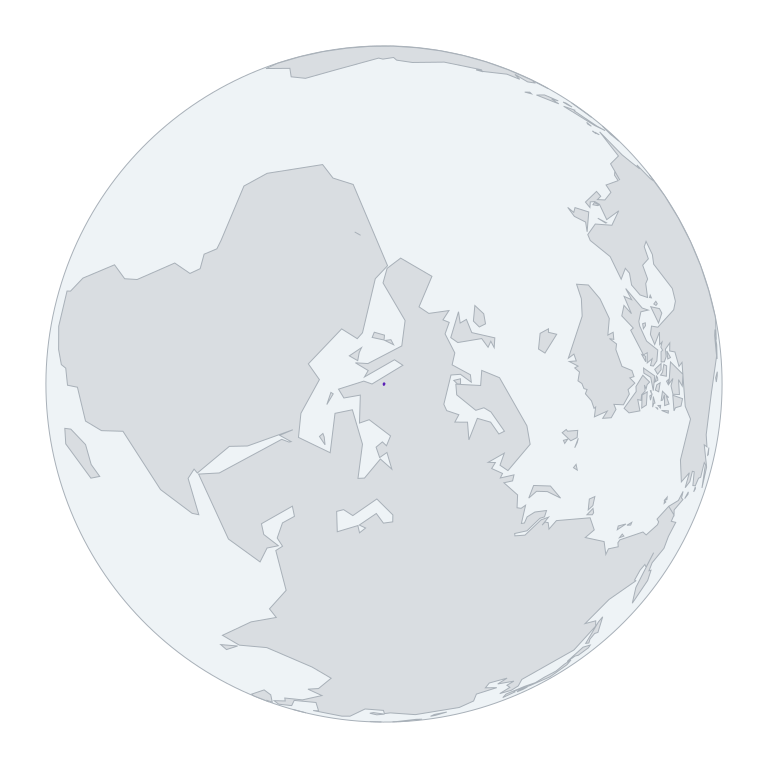 globe centered on Bosnian Podrinje, rotated 106°
{"feature_id": "BIH-2891", "entity_name": "Bosnian Podrinje", "entity_type": "Canton", "adm_level": 1, "iso_a3": "BIH", "parent_name": "Bosnia and Herzegovina", "parent_adm1": "", "projection": "orthographic", "projection_center": [18.793, 43.673], "detail": "fine", "context": "on_globe", "style": "filled", "palette": "violet", "viewbox_px": 768, "rotation_deg": 106, "n_neighbors": 0, "source": "natural_earth", "source_scale": "10m", "svg_char_len": 11038}
<svg xmlns="http://www.w3.org/2000/svg" viewBox="0 0 768 768"><g transform="rotate(106 384 384)"><circle cx="384" cy="384" r="338" fill="#eef3f6" stroke="#a8b0b8"/><path d="M227.4,84.5L229.6,83.4L249.9,76.8L240.4,80.9L246.4,79.5L258.7,74.7L265.4,72.0L302.6,66.8L344.0,60.3L355.4,56.2L354.2,59.4L374.9,51.0L396.3,49.7L373.0,52.8L371.3,54.5L386.3,53.9L387.9,55.7L396.0,56.7L396.5,59.1L382.9,61.6L382.9,63.5L393.5,63.1L400.7,65.9L385.1,66.0L396.1,71.2L375.3,78.1L333.2,79.7L322.4,88.3L281.1,103.5L285.7,105.3L273.0,113.2L273.5,118.5L265.7,120.6L272.9,123.1L279.9,120.3L285.4,120.6L286.4,123.7L276.6,126.6L274.7,125.5L272.3,128.0L267.0,128.3L270.2,129.9L258.2,133.5L271.4,134.7L262.9,141.6L254.6,142.8L253.9,136.4L232.8,126.0L224.1,126.7L212.7,133.2L194.5,157.8L185.6,161.7L174.7,171.4L180.3,171.7L190.8,164.4L198.5,168.1L210.4,159.5L215.3,160.1L228.2,154.5L227.8,162.4L220.6,173.3L209.8,178.6L206.3,183.9L217.9,184.9L199.2,201.7L189.2,225.3L184.2,229.3L172.0,225.0L168.6,208.7L152.8,206.1L164.6,215.2L151.9,226.4L150.5,231.7L152.1,235.9L157.6,234.7L153.6,240.5L140.3,232.8L143.8,227.4L147.9,229.7L146.2,222.4L137.2,218.7L131.5,225.4L124.0,215.0L119.8,219.9L115.8,220.8L123.0,213.5L109.9,226.9L100.2,221.5L82.2,246.2L98.1,218.3L102.7,207.6L106.7,197.6L103.7,201.3L113.1,184.8L114.7,180.2L109.7,186.7L125.8,166.0L143.5,146.7L162.6,128.7L183.0,112.3L204.7,97.6L227.4,84.5ZM84.5,227.5L85.8,225.2L81.6,235.0L75.9,245.2L84.5,227.5ZM70.5,257.9L65.4,272.0L62.1,281.1L70.5,257.9ZM54.9,307.4L54.4,309.7L51.5,324.7L53.1,322.2L54.0,329.2L50.3,343.5L53.7,337.5L52.3,351.3L56.4,375.7L55.1,377.0L58.0,414.9L67.1,445.3L69.2,461.1L67.5,464.8L72.0,474.6L72.2,479.0L95.4,517.1L111.8,543.7L114.3,557.9L106.5,561.5L113.3,584.4L105.3,575.1L92.7,555.2L81.4,534.4L71.7,513.0L63.4,490.9L56.7,468.2L51.7,445.2L48.2,421.9L46.4,398.3L46.2,374.8L47.7,351.2L50.8,327.8L52.1,320.6L53.7,312.6L54.9,307.4ZM77.4,253.0L67.5,287.9L68.2,276.0L69.0,276.4L72.5,265.7L77.4,250.4L79.5,241.3L77.4,253.0ZM83.8,250.6L85.1,245.7L84.5,249.6L83.8,250.6ZM268.1,70.7L258.8,74.5L247.1,78.6L254.6,75.0L268.1,70.7ZM290.5,65.1L286.6,66.9L280.3,67.0L284.5,65.9L290.5,65.1ZM363.3,53.3L355.5,54.2L362.6,52.8L363.3,53.3ZM397.0,56.4L398.8,55.8L402.3,56.6L397.0,56.4ZM227.5,150.7L227.7,152.6L225.2,152.6L227.5,150.7ZM232.7,146.7L229.6,145.5L231.6,143.4L233.5,144.2L232.7,146.7ZM406.2,61.4L411.3,63.4L403.8,61.7L406.2,61.4ZM236.2,148.9L235.6,140.0L239.3,136.5L249.7,136.9L236.2,148.9ZM412.7,64.8L425.1,70.4L430.0,69.1L423.1,76.6L414.8,68.9L404.8,66.9L411.6,66.6L412.7,64.8ZM281.7,118.1L274.3,121.2L279.6,115.9L281.7,118.1ZM283.8,114.7L292.3,99.3L303.8,96.7L298.6,102.1L312.7,97.1L314.2,103.4L306.7,107.6L299.0,107.8L305.5,110.1L283.8,114.7ZM417.2,80.2L418.2,82.2L414.6,80.6L417.2,80.2ZM288.0,120.4L288.7,117.3L298.7,114.7L299.2,120.6L295.8,119.5L288.0,120.4ZM315.8,93.0L323.3,92.4L326.5,97.3L329.9,97.8L315.2,103.3L315.8,93.0ZM294.0,121.6L299.2,123.7L295.3,127.8L288.0,123.3L294.0,121.6ZM301.1,111.7L305.9,110.9L303.4,113.2L301.1,111.7ZM284.6,144.4L285.2,140.2L290.5,138.5L284.6,144.4ZM301.3,124.2L302.6,122.8L304.8,121.8L307.3,124.0L301.3,124.2ZM318.5,106.6L318.3,108.9L324.7,104.5L327.4,108.3L317.1,111.5L322.6,111.7L323.5,113.0L314.2,114.3L318.5,106.6ZM316.2,123.3L304.1,129.4L301.9,137.2L297.1,138.9L301.6,126.0L316.2,123.3ZM315.8,117.8L315.0,121.5L309.5,121.5L306.7,118.9L315.8,117.8ZM332.9,109.9L331.4,103.2L333.7,102.8L332.9,109.9ZM316.7,125.6L319.6,124.1L317.1,126.1L316.7,125.6ZM329.1,114.6L328.3,112.2L330.9,111.8L329.1,114.6ZM326.1,123.4L322.2,125.2L320.1,123.5L326.1,123.4ZM328.4,119.4L332.2,119.4L321.8,121.7L327.6,118.3L328.4,119.4ZM331.7,114.6L333.0,113.6L331.7,115.7L331.7,114.6ZM336.1,129.6L323.5,132.9L319.0,128.8L331.9,126.0L336.1,129.6ZM213.7,554.4L190.0,503.5L200.1,489.8L200.7,468.6L269.3,413.2L285.2,421.4L340.7,418.8L347.8,422.2L342.7,439.9L385.5,462.3L397.6,447.3L435.0,455.8L458.9,451.5L464.9,416.8L425.7,423.0L417.5,407.3L447.8,388.1L481.9,383.0L479.8,376.8L457.1,366.8L463.7,353.0L449.0,362.3L455.9,367.9L446.9,374.2L440.1,369.6L442.7,364.6L432.1,363.4L422.4,388.4L428.3,396.8L401.2,403.7L408.5,418.7L401.5,426.3L386.8,404.2L387.3,395.5L360.8,371.0L357.8,380.6L382.6,404.7L375.4,402.9L371.5,417.3L368.8,405.1L342.5,377.4L317.2,381.2L287.1,412.8L272.0,412.9L258.4,402.7L267.3,367.6L300.2,371.6L303.8,360.4L295.5,341.8L306.1,345.0L306.8,338.3L319.0,339.1L334.6,324.5L346.8,323.8L351.3,303.5L358.2,300.6L353.6,313.2L356.9,322.1L387.0,320.9L392.3,316.4L392.9,303.6L401.1,305.4L397.7,293.2L414.3,287.0L391.3,284.8L391.3,271.0L400.4,259.8L396.2,255.2L381.4,273.5L379.3,281.4L384.0,288.5L374.4,311.1L364.4,314.9L358.8,290.7L344.0,293.8L346.1,274.7L384.8,235.1L401.7,226.9L433.1,241.0L430.1,250.1L417.3,249.3L430.6,262.3L428.8,255.3L435.6,257.2L437.3,245.4L442.3,246.3L435.5,234.0L441.7,233.7L445.9,241.5L453.8,225.0L466.3,222.0L465.7,217.9L461.5,214.5L480.2,213.5L478.9,210.7L472.3,209.8L465.5,203.7L460.8,192.9L467.5,193.1L470.1,197.1L485.7,206.1L491.7,217.2L493.9,216.3L490.4,206.8L471.3,195.6L466.6,189.1L476.1,193.1L472.3,191.1L472.0,188.0L478.0,185.4L467.8,180.6L455.8,149.0L466.3,141.7L476.1,148.2L474.8,129.0L486.7,123.8L480.6,122.8L475.9,114.0L472.1,115.4L468.8,114.3L454.9,94.3L456.8,90.4L443.9,82.3L440.8,82.0L438.6,84.3L423.1,76.6L430.0,69.1L436.8,70.0L436.6,65.4L452.1,68.6L464.8,69.6L481.9,77.0L490.5,77.8L489.4,76.0L500.2,76.4L526.3,84.9L510.0,85.8L471.8,78.3L487.8,81.6L485.6,83.5L492.3,86.5L503.4,89.1L503.8,87.7L529.1,108.3L558.9,124.7L553.3,115.2L558.4,113.8L587.3,128.1L630.0,170.1L637.2,171.7L643.4,177.3L649.7,187.4L640.9,179.4L639.7,182.8L633.8,177.2L641.0,192.0L632.8,184.6L642.4,200.4L648.1,202.8L644.8,191.9L656.6,209.7L664.0,210.5L674.2,222.5L693.2,262.8L698.4,287.3L700.7,292.7L697.9,294.6L701.6,312.6L712.7,325.1L714.9,332.9L717.4,362.1L716.2,356.8L708.9,361.6L712.9,383.1L718.6,384.1L720.8,397.0L718.7,402.3L715.9,391.6L713.2,392.8L710.1,375.3L700.6,357.8L698.3,373.0L694.8,363.0L681.4,353.7L675.9,375.1L669.7,424.0L674.9,451.1L670.1,470.0L649.3,446.2L638.1,423.2L631.7,432.1L609.3,421.2L573.9,442.1L567.9,436.8L561.5,444.2L545.5,443.3L535.9,433.6L526.7,438.4L552.1,463.3L561.8,458.1L568.6,441.0L573.9,451.2L589.2,454.1L575.9,490.8L521.7,537.4L514.9,517.8L465.4,467.1L466.0,459.5L465.7,458.7L465.0,457.4L462.1,470.1L453.1,459.0L481.2,498.1L486.6,515.5L521.0,538.9L518.2,543.1L528.7,546.3L560.7,526.0L561.2,532.8L547.1,569.7L501.4,621.9L506.7,642.7L501.9,660.7L471.6,677.8L472.4,687.9L456.5,694.3L454.3,699.5L440.5,706.3L418.1,712.6L382.0,714.3L381.1,710.9L365.2,702.6L343.7,675.9L354.3,662.3L351.6,650.1L325.4,618.5L331.2,601.0L323.8,592.5L308.8,592.7L300.1,581.9L290.8,580.2L232.3,573.2L213.7,554.4ZM247.5,447.5L246.0,453.9L246.0,454.0L247.5,447.5ZM519.5,394.4L538.9,388.2L527.3,370.1L533.8,366.5L527.5,362.0L526.4,368.9L510.6,355.7L517.9,346.2L514.1,337.6L507.4,339.4L496.5,359.2L519.1,377.7L515.9,388.2L519.5,394.4ZM56.6,376.3L56.7,382.1L55.6,378.1L56.6,376.3ZM65.9,279.6L64.9,284.9L63.6,289.6L63.8,286.5L65.9,279.6ZM64.4,322.2L64.6,329.2L63.3,324.3L64.4,322.2ZM66.5,293.2L64.2,317.1L61.9,309.4L63.8,294.5L63.9,301.4L66.5,293.2ZM79.1,255.7L78.0,259.8L76.6,261.3L79.1,255.7ZM83.4,253.5L83.4,252.5L85.0,249.1L83.4,253.5ZM152.7,226.8L153.6,227.6L154.1,232.6L151.6,231.8L152.7,226.8ZM170.4,247.2L163.6,256.1L166.7,248.9L161.8,249.0L162.2,234.6L181.7,230.7L172.8,234.8L170.4,247.2ZM168.2,215.3L165.7,224.2L167.7,214.6L168.2,215.3ZM298.2,303.0L302.9,308.1L298.9,315.4L283.5,318.3L289.0,307.5L298.2,303.0ZM310.4,313.8L309.1,290.2L318.7,288.1L313.5,293.1L320.0,294.1L313.4,302.6L323.8,324.5L321.0,332.6L294.0,332.3L304.4,327.6L299.2,322.6L310.4,313.8ZM289.0,240.2L288.6,231.7L309.9,237.8L307.8,245.1L292.3,247.9L285.6,241.1L289.0,240.2ZM254.7,152.0L253.2,149.7L255.9,148.7L259.4,149.9L254.7,152.0ZM284.5,142.6L264.3,161.7L261.5,159.8L253.0,174.2L242.3,175.0L248.2,165.5L233.6,177.4L234.7,169.2L225.6,178.0L239.8,156.8L240.1,150.4L243.8,157.0L253.6,156.3L257.9,154.1L270.4,143.4L275.9,130.2L286.5,128.1L292.5,130.0L292.8,132.9L285.8,133.2L291.2,136.8L281.4,139.6L284.5,142.6ZM356.7,164.3L348.5,161.9L357.6,172.7L347.8,174.2L349.5,175.4L343.0,179.9L337.9,187.7L333.3,187.3L333.3,190.5L329.0,193.9L327.5,198.4L318.6,199.4L316.0,205.1L313.3,202.4L311.3,212.1L308.8,205.5L302.9,209.7L308.4,213.9L264.2,212.2L247.6,217.8L235.0,226.4L232.5,214.8L242.6,199.8L258.9,185.5L275.3,182.3L271.1,178.0L277.8,175.4L278.2,179.8L281.4,171.5L287.0,170.6L301.5,160.1L302.7,149.4L308.0,145.7L310.4,149.4L314.0,143.1L322.1,147.9L326.1,145.4L338.0,148.1L340.2,157.4L344.5,154.0L353.8,156.3L356.7,164.3ZM339.3,130.6L344.2,140.5L341.2,146.5L321.7,139.5L317.0,141.1L304.3,137.6L308.9,129.2L312.1,130.9L316.3,130.7L313.2,133.4L318.8,131.0L323.3,133.4L328.9,132.4L329.0,135.8L339.3,130.6ZM355.2,415.6L360.6,416.5L368.8,415.7L366.5,425.1L355.2,415.6ZM336.9,397.0L341.7,396.1L342.5,408.2L336.9,407.6L336.9,397.0ZM343.6,385.6L341.9,395.1L339.5,389.6L343.6,385.6ZM357.9,311.9L362.9,310.4L363.7,313.4L361.3,317.9L357.9,311.9ZM381.7,199.3L377.5,196.3L378.8,194.6L375.2,185.0L382.2,183.6L387.1,188.8L381.7,199.3ZM458.7,423.9L452.2,431.6L448.4,429.1L451.4,426.9L458.7,423.9ZM407.5,430.1L419.5,433.3L406.7,432.7L407.5,430.1ZM388.7,196.0L386.4,192.2L391.3,193.9L388.7,196.0ZM387.1,182.1L392.7,183.1L382.6,182.3L387.1,182.1ZM555.3,639.8L529.3,673.4L514.6,678.6L513.7,672.6L524.5,654.2L542.1,643.3L551.2,631.8L555.3,639.8ZM719.7,422.8L718.7,425.9L711.1,414.9L714.0,407.2L720.7,403.7L720.4,408.8L721.1,408.0L719.7,422.8ZM721.9,382.1L721.9,381.6L721.7,371.9L721.6,368.4L721.9,382.1ZM676.2,452.5L682.7,462.2L679.5,469.1L676.2,452.5ZM712.4,304.6L709.5,293.3L709.8,294.2L712.4,304.6ZM706.4,282.7L706.0,281.7L705.0,278.5L705.9,281.2L706.4,282.7ZM704.0,299.8L704.4,306.9L702.8,303.6L701.2,292.5L704.0,299.8ZM682.0,233.2L688.3,243.2L690.6,247.7L687.7,244.4L682.0,233.2ZM445.0,182.8L442.4,197.3L445.1,207.8L453.8,213.4L440.3,212.2L436.2,195.9L445.0,182.8ZM453.8,152.9L446.0,148.8L450.0,147.0L452.3,147.7L453.8,152.9ZM448.7,153.0L438.0,154.9L434.1,150.3L443.3,149.7L448.7,153.0ZM413.5,174.5L412.2,178.8L408.3,177.2L413.5,174.5ZM704.2,275.9L705.1,279.0L697.5,260.7L695.7,255.0L702.2,270.7L702.4,270.7L704.2,275.9ZM643.3,171.4L639.5,168.1L635.7,162.6L639.4,166.4L643.3,171.4ZM619.7,143.7L633.4,160.2L643.7,174.6L644.0,173.4L652.7,183.4L648.4,181.2L635.9,165.5L629.3,156.1L621.5,148.9L612.4,139.4L603.8,133.5L597.7,128.2L603.5,130.8L619.7,143.7ZM600.3,131.5L582.1,120.1L578.1,113.8L581.2,114.8L591.2,122.5L592.8,125.3L600.3,131.5ZM576.5,115.7L577.7,118.6L553.6,112.3L547.5,109.6L563.8,109.9L565.8,112.8L572.5,115.7L576.5,115.7ZM421.6,81.8L418.5,82.2L419.7,80.6L421.6,81.8ZM466.8,115.3L462.6,113.6L464.1,111.5L466.8,115.3ZM451.6,108.0L452.8,111.5L448.7,107.7L451.6,108.0ZM455.9,119.7L451.9,112.9L459.8,119.6L455.9,119.7Z" fill="#d9dde1" stroke="#a8b0b8" stroke-width="1"/><path d="M383.2,383.9L383.3,384.0L383.5,384.0L383.6,383.9L383.7,383.6L383.8,383.5L384.0,383.4L384.4,383.4L384.6,383.5L384.8,383.7L385.0,383.7L385.1,383.8L385.1,384.0L384.9,384.2L384.7,384.3L384.4,384.5L384.2,384.5L383.9,384.6L383.6,384.5L383.4,384.4L383.1,384.2L383.2,383.9Z" fill="#8b5cf6" stroke="#5b21b6" stroke-width="1.5"/></g></svg>